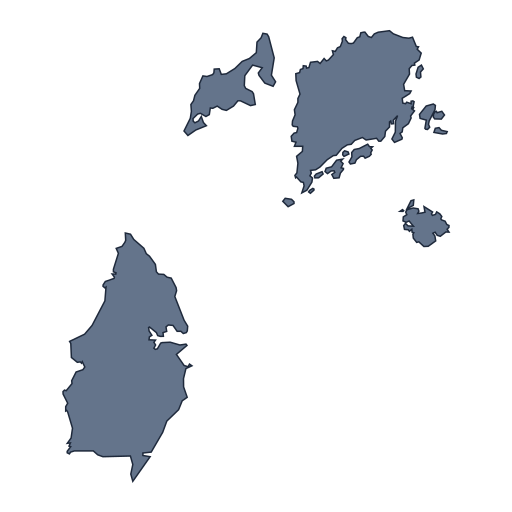 the district of Kudat, Sabah, Malaysia
{"feature_id": "92858781B15931830971700", "entity_name": "Kudat", "entity_type": "district", "adm_level": 2, "iso_a3": "MYS", "parent_name": "Malaysia", "parent_adm1": "Sabah", "projection": "natural_earth1", "projection_center": [117.119, 7.0], "detail": "fine", "context": "isolated", "style": "filled", "palette": "slate", "viewbox_px": 512, "rotation_deg": 0, "n_neighbors": 0, "source": "geoboundaries", "source_scale": "gbopen_adm2", "svg_char_len": 6006}
<svg xmlns="http://www.w3.org/2000/svg" viewBox="0 0 512 512"><path d="M70.7,446.7L67.2,451.3L67.2,452.8L69.4,453.9L70.6,452.1L74.4,450.9L93.3,450.9L97.7,454.8L102.9,456.7L130.4,456.0L132.8,464.5L130.8,474.1L132.8,481.3L150.1,456.7L142.9,455.5L142.9,453.0L151.2,452.1L162.7,432.3L166.8,421.1L178.6,409.7L182.2,400.8L187.2,397.3L183.6,386.9L183.5,378.6L185.9,368.6L191.9,365.8L189.5,364.1L188.1,366.7L184.1,365.5L176.4,354.4L187.0,345.4L186.0,344.1L179.9,345.0L170.2,342.2L162.2,342.6L160.7,343.1L157.4,348.8L155.3,349.4L153.9,348.2L155.6,345.0L153.9,342.3L155.5,340.1L149.0,339.8L149.4,336.9L151.9,335.3L149.1,331.0L148.6,327.5L149.5,327.0L156.4,332.6L157.7,335.6L160.4,336.4L163.4,336.3L163.0,332.6L166.7,331.4L166.0,326.9L168.3,325.0L173.0,325.4L177.1,331.3L180.9,331.3L183.3,333.5L186.3,332.6L187.3,330.9L187.7,326.2L184.1,320.3L174.8,296.5L176.6,290.7L176.1,287.6L171.2,278.1L167.1,277.2L163.8,274.4L158.5,274.1L156.4,271.8L155.4,264.4L149.5,256.2L146.3,253.7L143.9,248.3L133.8,239.5L130.5,234.2L125.3,233.0L125.7,240.3L124.8,242.4L122.0,246.4L116.2,248.4L118.4,253.3L113.4,269.3L113.4,271.8L116.0,272.8L115.8,274.1L112.1,274.0L114.4,277.1L114.1,278.4L105.3,281.5L103.1,284.9L103.0,286.3L104.9,287.9L106.0,287.1L104.9,300.9L92.1,325.4L84.6,334.2L69.6,341.4L70.8,343.5L71.4,357.5L77.3,362.3L80.3,361.9L81.5,363.2L82.3,361.7L84.8,367.0L82.9,369.7L76.1,372.0L71.7,380.7L72.0,383.6L66.2,390.7L64.5,390.1L63.0,391.6L63.1,394.1L67.7,403.2L65.7,406.6L65.7,411.0L66.7,410.4L67.7,412.0L72.5,428.2L71.1,438.0L67.3,443.3L70.4,442.9L69.0,446.1L70.7,446.7ZM402.8,37.5L393.3,33.8L389.5,30.7L378.2,32.2L374.3,33.9L371.4,37.5L368.3,36.5L364.9,32.1L363.4,32.2L360.8,32.8L359.8,36.8L357.3,37.7L353.4,43.1L351.2,43.6L348.4,43.3L345.6,39.7L345.9,37.7L343.9,36.5L342.1,38.7L342.4,41.2L340.3,46.6L337.5,47.8L335.3,51.4L332.4,50.8L333.4,54.6L328.4,60.1L326.3,60.9L324.1,58.5L320.1,63.5L317.5,61.4L310.5,62.3L308.9,67.6L306.6,68.1L306.2,66.1L303.3,65.7L303.0,68.6L300.4,69.5L299.6,72.6L295.8,73.7L296.1,80.6L300.0,94.1L297.9,98.5L297.9,102.4L294.4,109.7L295.1,114.8L292.5,121.0L292.2,124.9L293.2,126.3L297.4,126.8L297.9,128.3L296.6,132.6L294.1,133.1L291.2,136.3L291.9,141.2L296.0,142.2L294.4,146.3L302.7,146.3L302.4,151.4L296.6,156.3L297.9,163.2L296.9,172.9L294.9,175.4L295.6,177.8L296.5,177.0L300.9,181.9L303.4,182.4L304.1,185.9L301.8,192.9L306.9,190.2L311.9,182.1L312.5,178.0L309.9,175.8L311.3,173.2L310.5,170.4L315.6,169.8L320.0,167.0L327.2,159.7L333.3,155.6L336.2,155.3L342.0,148.3L347.4,144.8L351.2,144.3L354.8,140.4L362.4,137.5L366.1,140.0L376.6,138.3L378.8,141.2L380.8,141.2L384.8,136.5L385.5,131.2L389.5,127.0L389.5,121.9L390.7,121.0L391.4,123.9L393.5,123.7L393.3,120.2L397.6,115.6L395.5,121.2L395.3,132.2L391.9,139.0L394.5,142.4L401.9,139.2L402.3,137.8L400.0,133.4L402.2,131.9L402.8,127.8L408.4,123.7L411.1,118.0L410.6,116.0L414.5,110.9L411.6,108.7L412.0,107.3L413.1,108.7L413.8,107.5L413.1,106.6L414.1,101.7L412.9,100.9L411.1,101.2L411.1,103.7L406.7,102.2L405.6,103.7L402.8,103.1L402.2,98.3L409.7,93.6L411.1,91.0L404.7,90.7L403.6,84.3L409.5,74.1L409.2,68.7L411.9,65.5L414.8,65.1L414.4,63.1L419.1,60.0L421.2,53.1L417.2,49.2L418.5,46.8L416.3,46.5L412.5,37.2L408.9,38.2L402.8,37.5ZM271.4,75.2L274.2,57.9L268.7,36.8L267.1,34.1L262.9,33.3L261.1,37.8L257.0,42.1L256.3,52.7L249.4,58.5L242.2,61.4L234.9,68.5L226.4,73.8L221.3,74.4L219.2,68.8L214.2,69.1L213.9,72.8L212.6,74.6L207.0,76.5L202.9,75.9L199.5,83.6L199.7,88.4L194.9,95.3L193.5,100.8L190.9,104.5L191.4,111.4L190.3,118.3L184.0,131.0L187.9,135.5L195.8,130.0L206.4,125.7L203.4,122.5L201.3,116.5L198.5,121.0L194.9,122.8L193.2,121.2L193.0,118.6L197.6,114.1L200.4,113.3L205.9,116.5L209.3,114.6L210.3,108.0L212.8,108.3L217.2,106.1L222.0,109.3L226.4,110.4L233.5,106.1L237.9,100.8L240.4,100.8L250.5,105.6L255.3,104.5L253.5,93.7L252.1,91.6L245.7,88.4L244.3,85.7L244.8,75.7L252.6,65.1L262.2,67.7L258.3,73.0L259.0,75.4L264.8,83.1L273.1,86.3L275.6,81.8L271.4,75.2ZM432.6,212.0L424.0,206.6L425.0,212.2L421.7,213.0L417.6,213.5L418.9,211.2L418.1,208.8L413.2,208.0L407.1,209.7L405.7,212.1L406.8,214.7L403.3,216.9L403.0,220.9L406.1,222.3L409.1,221.0L413.4,226.2L408.0,225.9L405.5,223.4L403.7,225.6L404.5,229.4L408.3,229.8L409.4,231.3L411.8,229.3L412.1,232.2L413.8,232.7L412.9,234.2L413.3,238.1L416.7,242.4L418.8,241.8L423.9,246.5L428.2,246.3L435.7,240.9L434.9,236.0L432.9,233.2L435.1,232.2L437.2,235.3L440.3,236.3L445.8,232.0L449.0,232.1L447.1,229.2L448.9,227.4L449.0,225.5L446.8,224.5L445.1,221.2L441.6,219.9L440.8,218.9L441.8,216.5L439.8,213.8L436.7,211.9L435.5,214.4L432.4,215.4L431.5,213.9L432.6,212.0ZM369.5,146.7L367.7,144.2L359.3,148.5L354.2,149.5L351.7,152.5L351.9,156.9L349.0,162.0L350.4,164.0L354.9,163.1L356.4,159.7L360.6,156.3L363.6,156.2L365.1,158.2L369.3,156.3L371.2,154.3L370.7,152.8L372.2,150.0L370.8,148.4L372.5,146.8L369.5,146.7ZM435.4,105.4L433.3,104.0L426.2,106.0L419.5,114.4L420.1,118.4L426.3,120.1L424.9,128.3L425.6,129.2L427.5,129.5L429.7,127.2L428.5,124.4L429.2,120.9L435.0,109.6L435.4,105.4ZM342.7,159.1L336.6,160.2L331.6,166.8L326.2,168.2L325.0,171.5L327.5,173.6L331.1,171.0L334.1,170.8L334.8,172.4L331.8,174.5L333.8,178.3L339.1,177.8L340.4,173.1L343.4,169.5L343.5,168.4L341.1,167.8L343.1,163.6L340.7,161.2L342.7,159.1ZM437.1,112.7L436.4,111.3L435.1,111.7L433.5,114.2L433.3,117.0L434.7,118.9L441.3,119.1L444.5,115.0L441.8,111.3L437.1,112.7ZM291.5,199.3L285.2,198.3L282.8,201.3L288.1,206.7L294.0,203.5L294.0,201.8L291.5,199.3ZM419.1,78.5L420.9,77.0L420.5,72.0L423.3,68.9L421.4,65.1L418.1,67.3L416.0,74.0L416.4,77.2L419.1,78.5ZM439.0,127.6L435.3,128.3L433.9,132.4L442.6,134.0L446.4,133.5L447.2,131.6L441.4,130.3L439.0,127.6ZM413.8,199.9L411.0,200.7L407.0,208.7L413.3,205.4L413.8,199.9ZM323.1,174.0L322.1,171.7L316.2,174.0L314.4,176.1L314.9,177.9L318.6,177.8L323.1,174.0ZM344.0,156.4L348.9,154.0L348.1,151.9L344.6,150.8L342.9,152.4L342.7,154.8L344.0,156.4ZM310.4,193.3L313.9,190.2L314.0,189.1L312.8,188.4L309.6,190.4L308.6,191.9L310.4,193.3ZM400.0,211.3L403.0,211.4L403.7,210.7L402.5,209.6L400.0,211.3Z" fill="#64748b" stroke="#1e293b" stroke-width="1.5"/></svg>